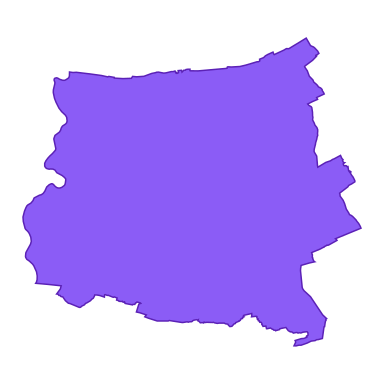 outline of Maciuca, Vâlcea, Romania
{"feature_id": "2599482B93962739610645", "entity_name": "Maciuca", "entity_type": "district", "adm_level": 2, "iso_a3": "ROU", "parent_name": "Romania", "parent_adm1": "Vâlcea", "projection": "orthographic", "projection_center": [24.058, 44.753], "detail": "fine", "context": "isolated", "style": "filled", "palette": "violet", "viewbox_px": 384, "rotation_deg": 0, "n_neighbors": 0, "source": "geoboundaries", "source_scale": "gbopen_adm2", "svg_char_len": 5885}
<svg xmlns="http://www.w3.org/2000/svg" viewBox="0 0 384 384"><path d="M294.0,345.8L296.0,345.9L298.9,345.2L301.1,345.2L307.1,343.1L311.2,341.1L315.2,340.6L316.6,339.7L318.2,339.6L322.4,338.5L324.0,326.9L324.6,326.7L325.1,323.1L325.5,321.1L326.1,320.1L325.8,319.3L326.0,318.9L326.6,318.6L322.6,314.8L310.5,296.7L304.1,290.8L302.7,288.8L302.2,287.4L300.5,270.7L300.6,268.6L301.1,265.4L309.3,263.0L314.7,261.8L314.2,261.5L313.6,260.6L312.7,258.7L312.9,258.1L312.3,257.5L312.4,254.7L312.0,254.2L312.0,253.5L311.6,252.6L320.5,248.9L322.8,247.6L324.1,247.1L324.2,246.7L326.8,245.4L327.0,245.1L327.9,245.3L329.1,244.8L337.0,240.4L336.4,239.5L335.5,238.7L361.0,228.2L360.3,226.4L358.7,223.5L356.8,221.2L356.1,220.0L352.7,216.5L351.4,215.5L349.5,214.6L348.7,212.9L346.3,209.1L344.6,203.6L343.1,200.2L340.1,196.1L340.0,194.6L339.6,193.2L347.8,186.9L348.6,185.6L349.1,185.2L351.7,183.9L354.9,181.8L354.8,180.6L353.4,177.7L352.7,176.5L351.9,175.6L350.2,172.8L350.8,172.3L350.9,171.7L350.6,171.5L349.9,172.1L349.6,172.1L349.2,171.5L349.5,171.3L349.6,171.0L348.6,170.5L348.1,167.7L348.1,166.9L347.9,166.5L347.5,166.8L347.0,166.6L346.2,165.7L345.8,165.6L344.8,165.8L343.9,165.6L343.6,165.0L343.2,163.9L344.6,162.7L343.8,162.6L343.0,161.7L342.5,160.6L343.1,159.8L341.8,158.3L340.5,155.4L334.0,158.9L332.6,159.4L330.5,160.8L325.8,162.4L317.8,167.2L317.5,165.7L316.7,156.1L314.5,152.4L314.1,151.4L314.1,150.5L314.3,148.9L315.5,144.1L315.6,142.9L316.7,139.4L317.2,136.6L317.7,135.6L317.5,133.2L317.7,131.6L317.7,129.7L316.9,127.5L314.9,125.0L314.3,123.2L312.6,119.9L312.9,117.2L312.6,116.0L312.5,112.2L311.8,107.6L311.1,106.6L308.9,105.4L307.7,104.0L312.7,101.5L317.6,99.4L316.6,97.5L324.2,94.0L323.6,92.6L322.3,90.6L322.1,89.5L321.6,88.9L320.7,88.0L318.3,86.8L317.6,85.5L316.1,84.0L313.8,82.1L312.9,79.9L309.3,76.2L307.3,70.8L304.6,66.8L304.6,66.4L305.5,65.6L312.6,60.3L316.4,56.4L316.6,56.1L316.4,56.0L315.7,55.9L315.8,55.3L317.3,54.6L318.9,53.4L317.7,51.1L314.5,47.7L313.4,46.9L311.2,46.0L310.4,45.4L306.2,38.1L288.8,48.7L286.4,48.6L283.9,50.1L274.2,54.6L273.6,53.8L273.0,52.1L267.7,54.5L265.3,55.9L264.4,56.9L263.4,57.7L259.6,59.2L259.8,60.7L259.7,61.0L258.5,61.7L256.9,61.8L245.8,65.1L239.9,66.5L231.4,67.0L227.8,66.8L227.2,67.2L227.1,68.2L226.4,68.4L198.1,70.9L190.1,70.8L189.9,70.5L190.0,69.2L188.0,69.2L186.0,69.5L185.3,70.2L183.8,70.2L182.0,72.1L181.5,70.3L178.1,70.6L178.5,72.7L177.2,73.3L176.7,72.6L176.2,73.2L175.9,73.0L175.5,72.5L175.3,71.2L175.0,71.0L173.1,71.6L171.3,71.6L165.8,72.9L163.7,73.1L158.4,72.1L156.2,72.3L155.9,72.6L151.8,73.4L143.9,76.3L136.6,76.8L132.6,76.4L131.4,78.3L123.0,78.6L114.3,78.1L114.3,77.4L108.8,76.4L107.8,76.9L101.5,75.5L90.6,74.0L76.3,72.3L73.0,72.5L69.5,72.0L69.4,75.9L69.1,76.9L68.7,77.8L67.8,78.5L65.6,79.9L64.7,80.3L62.8,80.3L59.7,79.3L57.7,78.1L56.5,77.8L54.9,78.2L54.2,79.0L54.1,80.2L54.9,82.4L54.8,83.8L53.4,89.7L53.3,91.2L53.3,92.7L54.5,98.3L56.0,102.2L59.0,108.2L61.7,111.7L65.5,115.3L66.7,117.4L67.1,121.0L66.6,122.8L65.6,124.0L62.8,125.8L62.2,126.4L61.2,128.1L60.6,130.2L59.4,132.1L55.0,135.4L53.9,138.5L53.9,139.5L55.8,148.5L55.5,150.1L52.4,153.6L49.8,156.0L47.9,158.1L45.9,160.8L44.7,163.3L44.7,166.1L45.4,167.4L46.3,168.3L47.1,168.7L49.2,169.2L50.3,169.0L52.9,169.1L54.9,170.0L56.8,172.7L62.1,175.5L64.4,177.4L65.7,178.9L65.7,180.4L65.3,183.2L64.9,184.6L64.3,185.5L61.9,187.3L59.9,188.0L58.2,188.0L56.6,187.5L54.3,185.6L53.6,184.5L52.1,183.7L51.2,183.8L49.2,184.7L46.7,187.0L44.8,191.2L43.2,193.4L41.3,194.7L39.4,195.2L34.2,197.9L33.6,199.1L33.1,200.5L30.8,203.2L28.0,204.8L27.0,205.7L26.0,207.5L24.5,211.1L23.0,217.0L23.3,221.5L25.1,228.4L25.7,229.4L27.7,231.3L28.7,232.6L29.4,233.8L30.8,237.2L31.3,241.4L30.5,244.2L26.3,251.8L25.8,253.0L25.5,256.3L25.7,257.4L26.8,259.3L29.4,261.1L32.6,264.1L33.8,265.8L36.5,271.8L37.2,275.9L37.1,279.7L36.4,282.2L35.7,283.3L48.1,284.4L61.2,285.8L60.3,289.0L56.6,294.0L58.0,294.2L58.9,295.4L60.2,295.5L60.6,296.2L61.1,296.6L62.8,296.9L65.4,300.7L68.3,303.2L70.1,303.6L79.3,307.4L80.5,307.3L82.0,306.0L84.5,304.8L85.5,303.4L86.8,302.9L90.5,300.7L91.7,299.3L93.3,298.2L94.4,296.2L94.7,295.0L96.9,295.0L99.7,295.5L104.4,297.1L104.5,295.2L104.6,294.8L105.1,294.6L107.3,295.4L108.2,295.3L112.7,297.1L113.4,297.3L114.3,296.9L117.1,298.0L116.6,300.1L118.7,300.7L119.0,301.3L121.3,301.5L122.4,301.3L122.8,302.0L123.2,302.2L124.5,301.8L124.7,302.1L124.4,302.4L125.1,303.4L125.4,303.5L132.5,304.9L132.9,304.4L134.8,304.4L135.6,302.9L136.3,302.8L137.0,302.0L140.4,302.9L140.8,303.4L139.3,303.8L138.7,304.6L136.4,312.0L139.6,312.7L146.3,314.9L144.8,316.8L148.4,318.2L157.2,321.0L168.2,321.0L169.2,320.5L182.0,322.5L183.0,322.5L187.2,321.8L188.2,322.2L189.5,321.8L191.7,321.7L192.4,321.2L192.7,320.7L193.9,320.2L196.3,319.7L197.5,320.0L198.2,319.7L197.9,320.8L199.1,321.4L200.3,322.8L202.3,322.6L203.7,323.0L203.9,322.8L203.8,322.3L204.1,322.1L205.4,322.5L206.9,322.3L212.5,322.5L213.5,322.3L214.4,322.8L217.3,323.4L219.1,323.1L224.2,323.1L225.5,323.8L227.9,324.2L228.4,325.2L229.9,326.6L231.9,326.3L234.2,323.8L235.4,323.5L235.7,322.6L239.3,321.1L239.2,320.7L240.3,320.3L241.1,318.8L242.5,318.5L242.4,318.1L242.5,317.6L244.0,316.8L243.3,316.4L243.4,315.9L243.9,315.3L251.7,313.5L251.8,315.2L251.5,316.8L256.1,316.3L256.9,316.5L256.8,317.4L257.3,318.4L257.3,319.2L257.5,319.4L258.2,319.2L258.1,319.8L258.4,320.8L259.3,320.8L259.5,321.8L259.8,322.3L260.9,322.2L261.9,323.4L261.8,324.6L262.4,325.0L263.0,326.4L265.9,326.1L266.5,328.7L267.4,328.7L270.5,328.0L272.2,329.2L273.1,329.4L273.7,330.1L275.5,330.3L275.6,330.7L279.5,329.6L279.7,328.9L280.9,328.5L285.9,327.5L288.2,330.6L290.3,331.9L290.9,331.7L292.5,332.3L293.3,333.1L296.3,332.5L297.4,332.6L298.0,333.1L299.2,332.7L300.9,333.0L303.0,332.2L307.0,331.7L307.9,332.7L308.0,334.8L307.8,335.5L306.6,336.0L306.4,336.5L306.9,336.9L306.9,337.2L304.0,338.4L301.4,338.6L295.1,340.5L295.5,341.3L295.6,342.4L294.0,345.8Z" fill="#8b5cf6" stroke="#5b21b6" stroke-width="1.5"/></svg>